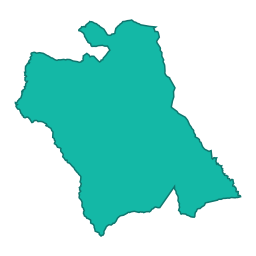 Inocência, Mato Grosso do Sul, Brazil
{"feature_id": "56859067B243090422915", "entity_name": "Inocência", "entity_type": "district", "adm_level": 2, "iso_a3": "BRA", "parent_name": "Brazil", "parent_adm1": "Mato Grosso do Sul", "projection": "mercator", "projection_center": [-52.047, -19.66], "detail": "fine", "context": "isolated", "style": "filled", "palette": "teal", "viewbox_px": 256, "rotation_deg": 0, "n_neighbors": 0, "source": "geoboundaries", "source_scale": "gbopen_adm2", "svg_char_len": 5686}
<svg xmlns="http://www.w3.org/2000/svg" viewBox="0 0 256 256"><path d="M23.6,117.2L25.1,117.8L26.9,117.0L28.5,117.5L29.1,118.5L29.7,118.9L31.8,122.5L32.6,122.4L33.2,122.0L34.1,120.8L34.7,120.5L36.7,120.5L37.3,120.8L38.0,121.6L40.0,121.4L42.3,121.7L44.3,122.7L45.3,123.4L46.3,123.7L46.7,124.4L45.9,125.6L46.5,126.0L47.5,125.9L48.4,126.9L51.0,128.4L51.8,130.6L52.8,131.7L53.0,132.3L52.7,137.4L54.2,138.5L54.4,140.1L55.1,140.7L55.2,141.9L54.6,142.7L54.4,143.7L55.8,144.5L56.5,145.3L57.5,147.2L60.1,147.9L60.9,148.5L60.7,150.1L60.9,151.5L62.4,153.0L63.2,154.4L63.2,155.2L62.7,156.4L63.1,157.3L63.9,157.9L65.5,160.4L66.9,160.1L67.2,160.9L67.1,161.8L68.0,162.8L69.3,163.0L70.3,163.9L72.6,166.6L73.8,167.5L75.0,169.9L75.8,170.6L76.4,171.6L78.3,173.4L78.8,174.4L80.2,175.6L80.9,176.7L80.7,179.7L80.1,181.8L80.5,182.7L81.2,183.4L81.2,184.3L80.8,185.2L80.7,186.4L79.3,187.6L79.7,188.6L79.6,190.0L80.5,190.5L80.7,191.4L79.2,192.7L79.0,193.4L79.1,194.2L79.5,194.8L79.1,197.2L79.2,197.9L81.2,200.2L82.1,202.1L82.1,204.3L81.9,205.0L82.2,207.0L83.5,208.3L83.6,209.4L84.3,210.5L83.6,211.7L83.5,213.7L84.1,214.6L84.4,215.9L86.0,216.8L86.9,218.3L88.3,218.6L89.7,219.6L90.4,219.7L90.7,220.3L90.7,223.0L93.3,224.4L93.9,225.4L94.2,226.4L94.2,227.7L94.7,228.6L95.2,231.2L99.0,232.8L99.3,233.5L99.3,234.5L99.8,235.0L100.6,235.3L101.0,236.0L102.5,235.1L103.2,235.0L104.0,233.4L103.9,231.5L104.4,230.4L105.8,228.0L105.9,227.3L107.2,225.9L108.9,224.7L111.2,225.0L112.7,223.8L113.1,223.2L113.8,223.3L114.5,223.1L116.3,220.8L116.8,219.5L117.8,217.8L119.7,216.2L120.6,215.7L123.5,215.2L127.3,213.1L127.8,212.5L128.8,212.3L129.5,212.5L131.2,211.8L133.5,211.4L134.4,211.3L138.9,212.4L139.5,212.3L140.1,211.8L141.7,212.1L142.7,212.0L143.7,212.6L146.2,211.7L148.6,211.6L149.4,211.9L150.8,210.8L151.7,209.3L153.1,208.7L154.7,207.3L155.5,207.0L158.0,207.7L159.8,207.6L174.5,186.5L174.6,189.1L175.2,189.8L176.1,191.5L176.2,193.2L177.9,196.0L178.3,197.8L178.0,200.7L179.5,203.9L179.2,204.6L179.2,205.4L179.6,207.3L178.6,210.3L180.1,211.8L180.7,213.7L181.2,214.1L182.1,213.7L185.9,214.1L186.6,214.9L187.4,215.3L188.5,215.5L190.9,216.8L192.8,217.1L194.4,217.1L194.8,216.5L195.0,213.9L195.4,212.3L196.4,211.3L197.1,209.4L197.6,208.9L199.0,208.5L199.9,208.6L202.0,206.8L203.7,205.8L204.5,205.1L205.4,202.9L217.6,200.1L218.3,199.5L219.1,199.2L221.1,199.3L223.3,198.4L225.0,198.4L228.1,198.0L229.1,198.2L231.3,197.5L235.3,197.8L236.1,197.5L237.8,197.5L240.6,196.7L240.4,195.9L239.6,195.4L238.1,195.5L237.9,194.7L238.3,193.1L238.0,192.3L238.2,191.6L237.5,191.4L236.8,191.8L236.2,191.7L236.0,190.8L236.2,189.0L235.5,187.3L234.6,186.9L234.2,186.1L233.4,186.2L232.7,185.9L232.9,184.5L233.8,183.3L233.4,182.6L232.9,179.7L231.9,179.4L230.3,180.6L229.4,178.7L227.7,178.4L227.5,177.8L227.9,176.4L227.2,176.2L226.9,175.6L224.6,175.3L224.4,174.6L224.7,173.9L223.6,173.8L222.6,172.1L222.5,171.4L222.8,170.6L222.2,169.9L222.7,168.9L221.8,168.4L221.6,167.7L221.4,166.8L221.7,165.8L220.6,166.0L219.9,165.3L218.6,164.8L218.1,163.6L216.9,164.4L216.4,163.8L216.9,163.1L215.7,161.2L216.1,160.3L216.3,158.5L216.7,157.9L215.9,157.8L215.2,158.2L214.5,157.7L213.8,157.8L212.7,159.1L212.0,158.4L211.1,150.6L209.0,151.4L204.6,149.2L202.9,147.2L202.2,145.9L201.0,142.4L199.8,141.7L199.3,139.5L197.8,138.2L195.1,136.8L195.4,135.1L193.9,132.6L193.6,131.6L193.7,130.7L193.4,130.0L191.9,128.5L191.2,127.0L189.6,124.9L187.6,120.3L185.2,117.2L178.3,113.4L177.0,111.4L171.9,107.7L171.3,106.9L172.5,100.8L173.8,96.9L173.5,91.6L175.0,87.9L169.8,78.7L169.6,77.9L166.4,76.0L164.8,73.2L165.0,71.0L164.7,66.0L164.5,64.7L163.1,61.8L163.2,60.7L163.7,60.0L161.8,56.2L161.9,52.5L160.6,51.0L160.2,50.0L160.4,48.7L160.2,47.7L157.1,42.9L156.7,41.9L156.8,41.1L157.1,40.5L159.3,37.2L158.4,33.2L157.9,32.0L157.4,31.6L154.9,31.5L154.7,30.3L153.7,28.4L155.7,27.0L149.8,26.4L140.6,24.8L139.1,23.8L137.3,23.3L135.8,22.3L134.1,21.9L132.0,20.2L131.3,20.0L130.7,20.3L127.4,20.7L124.8,21.4L122.8,21.6L121.6,23.2L120.0,24.2L119.6,24.9L117.5,26.5L116.8,27.6L115.9,28.3L115.0,32.0L115.0,33.1L114.2,33.7L111.6,34.2L111.1,35.0L110.1,35.4L108.0,35.1L107.3,34.7L103.9,29.2L99.7,26.5L99.0,25.5L98.1,25.2L97.4,24.5L96.1,23.6L94.6,23.3L93.1,22.3L91.6,21.7L90.7,21.8L89.7,21.5L89.3,22.3L86.2,24.7L85.8,25.3L85.6,26.7L85.1,27.0L84.3,26.4L82.6,26.9L81.7,26.7L80.7,28.5L80.0,28.7L78.9,29.7L78.8,30.6L80.8,31.2L83.5,33.2L84.5,35.0L84.6,36.4L86.1,38.7L86.7,40.1L87.5,40.9L87.7,41.9L88.4,42.6L90.5,43.5L91.2,45.8L91.9,46.4L94.1,46.3L96.2,46.4L98.0,45.7L102.4,45.3L104.7,46.1L107.5,46.1L109.9,50.2L108.3,51.9L105.9,55.3L103.3,58.1L102.8,59.8L101.1,60.1L100.8,61.2L99.6,62.0L98.0,60.7L93.9,56.3L91.6,56.2L90.1,56.8L89.0,55.0L86.8,53.4L83.2,56.0L83.4,56.6L83.0,58.4L83.2,60.0L82.6,60.9L81.6,61.0L81.0,61.9L79.8,62.3L78.8,62.3L77.6,61.7L73.1,61.0L69.9,59.6L69.0,59.5L66.9,59.4L65.8,59.9L63.7,59.4L60.3,59.9L58.3,59.8L57.4,60.3L56.5,60.3L54.9,59.7L52.3,58.0L51.5,58.0L48.2,55.9L47.6,55.8L43.4,53.4L39.6,52.7L36.5,53.2L34.9,52.4L34.0,52.3L31.5,53.0L31.1,53.5L31.2,54.6L31.8,55.1L31.4,56.1L30.2,57.3L30.7,58.7L30.5,59.7L29.6,60.0L29.1,60.6L28.9,61.4L28.5,62.2L29.5,62.7L29.0,63.5L28.1,63.4L27.5,63.7L26.2,65.8L25.6,66.2L25.4,68.9L25.6,72.3L24.6,72.3L25.1,74.2L24.8,75.2L25.8,75.5L26.5,76.3L25.8,77.0L25.0,77.4L25.2,78.4L24.9,79.2L25.2,79.9L25.1,80.5L26.3,81.5L27.4,81.3L27.2,81.9L26.5,82.5L25.6,84.0L25.6,86.2L24.4,86.7L24.6,87.5L25.1,88.1L24.7,88.9L22.9,90.1L22.8,91.2L22.3,90.8L21.8,91.4L22.1,92.2L21.8,93.0L22.1,94.0L20.9,97.8L19.1,99.2L18.7,100.0L17.9,100.7L17.1,102.3L16.5,102.8L15.4,102.5L15.4,103.3L15.9,104.2L16.5,104.6L17.2,104.6L16.1,105.7L16.0,106.4L17.7,109.0L19.3,109.3L19.9,110.1L20.9,113.2L22.1,114.5L22.3,115.5L23.2,115.8L23.6,117.2Z" fill="#14b8a6" stroke="#0f766e" stroke-width="1.5"/></svg>